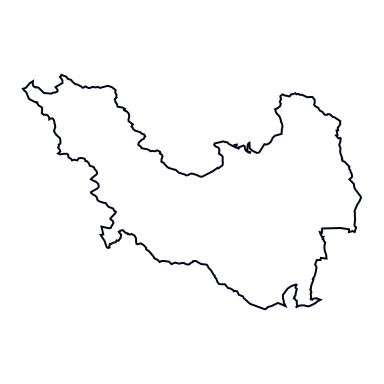 outline of Panticeu, Cluj, Romania
{"feature_id": "2599482B63681333603727", "entity_name": "Panticeu", "entity_type": "district", "adm_level": 2, "iso_a3": "ROU", "parent_name": "Romania", "parent_adm1": "Cluj", "projection": "albers", "projection_center": [23.537, 47.044], "detail": "fine", "context": "isolated", "style": "outline", "palette": "ink", "viewbox_px": 384, "rotation_deg": 0, "n_neighbors": 0, "source": "geoboundaries", "source_scale": "gbopen_adm2", "svg_char_len": 5951}
<svg xmlns="http://www.w3.org/2000/svg" viewBox="0 0 384 384"><path d="M320.5,299.8L316.1,298.2L312.9,298.9L312.2,299.7L311.8,299.3L310.9,299.4L310.7,298.3L311.1,297.5L311.0,295.9L310.6,293.8L311.4,292.6L310.8,291.2L311.0,290.1L310.3,289.3L311.0,288.1L311.1,286.1L313.5,279.4L312.8,279.1L313.3,277.9L314.4,276.7L315.8,271.7L316.5,267.4L316.2,266.3L315.1,264.6L316.7,260.1L320.5,260.0L320.9,257.9L326.5,258.6L326.2,254.9L324.7,250.5L324.5,248.5L324.4,245.7L325.2,242.8L324.1,241.0L323.9,241.6L323.4,238.7L322.6,238.9L322.5,237.6L323.1,236.9L322.1,237.0L320.3,233.6L319.9,232.1L320.7,232.4L321.3,233.7L321.9,233.1L321.7,231.9L322.2,231.0L321.9,230.2L322.2,228.5L340.5,228.0L349.1,229.3L348.9,232.1L352.7,231.1L354.7,232.0L356.1,227.4L354.7,226.1L354.5,225.4L355.1,219.2L354.8,215.5L355.0,213.3L354.5,211.1L357.2,204.8L359.5,201.2L361.0,197.7L360.6,196.4L355.0,189.0L354.3,187.2L353.9,184.0L349.4,179.3L351.7,177.4L352.1,176.2L351.7,173.9L350.5,171.7L350.3,170.3L349.3,169.1L349.1,167.4L349.4,166.8L344.7,161.8L342.5,161.0L342.2,160.5L342.3,159.0L341.9,158.9L341.8,156.8L340.6,154.0L340.2,151.4L340.5,148.1L339.2,145.1L340.4,141.4L340.6,138.5L340.4,138.0L338.4,138.3L336.0,135.4L337.5,135.0L336.6,130.5L338.2,130.3L337.7,128.0L339.6,125.3L340.3,123.9L340.1,122.8L340.3,121.1L334.0,117.0L332.7,116.9L330.2,114.5L328.0,114.0L327.4,114.8L324.5,114.7L322.5,111.9L319.7,110.5L318.1,107.6L316.3,107.0L314.4,105.2L314.2,104.6L314.7,102.4L314.7,99.9L312.4,96.9L307.1,97.2L302.1,94.8L299.9,94.8L298.3,93.9L296.5,94.3L295.1,93.2L293.2,94.1L291.2,94.3L289.7,96.4L284.2,95.3L282.8,94.4L281.9,94.8L280.3,96.3L281.0,98.9L280.7,100.1L279.8,101.7L280.8,103.8L280.1,106.2L277.5,108.2L275.1,109.2L275.5,109.8L275.6,111.6L276.7,113.5L279.6,116.6L280.8,120.0L281.0,122.0L281.9,123.3L282.5,126.5L281.8,129.6L281.6,133.9L275.2,135.6L272.8,137.7L271.0,141.5L269.4,143.2L266.7,144.6L264.4,144.2L259.4,152.2L257.8,152.8L256.8,152.9L252.9,151.0L249.9,148.6L249.7,147.9L249.4,142.8L248.3,143.6L247.7,145.0L247.2,150.5L247.6,151.4L250.2,152.1L250.1,152.7L248.3,152.4L245.9,150.6L244.9,148.6L244.7,146.3L243.5,145.5L239.8,147.0L238.8,148.3L238.4,147.5L237.6,148.0L236.0,147.6L236.8,144.6L234.5,145.0L234.5,146.8L229.0,144.1L227.1,142.2L225.1,142.1L223.5,141.4L214.7,143.4L214.2,145.0L215.5,146.4L218.4,147.6L219.4,149.6L219.0,153.7L221.8,155.5L222.7,156.8L222.6,161.1L222.9,162.6L222.5,165.3L218.3,168.4L217.6,167.8L212.7,171.3L201.9,176.8L199.6,176.4L196.6,174.9L191.7,173.5L187.1,175.3L186.0,175.3L184.6,174.4L178.8,172.7L175.9,170.0L168.5,167.9L166.4,166.1L163.6,162.9L161.4,161.7L161.6,158.9L162.5,156.4L162.0,154.9L159.8,153.4L160.3,152.4L159.9,151.6L157.3,150.4L154.8,151.3L152.6,150.9L150.2,151.2L149.4,150.2L147.3,149.3L141.6,148.2L141.0,146.8L138.3,144.8L138.7,142.8L141.6,139.8L143.4,139.1L144.3,138.0L144.5,136.9L145.2,136.3L144.2,134.6L141.2,133.4L140.5,132.3L135.3,130.7L133.2,129.1L132.3,127.2L131.5,126.6L132.9,124.4L128.6,121.2L128.5,119.0L129.1,117.4L129.1,114.1L126.9,111.5L124.0,110.2L123.9,109.7L124.9,108.9L122.8,107.6L117.6,106.7L116.8,103.9L115.6,102.3L114.8,99.1L116.6,97.5L116.2,97.1L116.5,94.9L115.2,92.1L115.6,90.2L111.9,87.1L107.8,85.8L100.0,87.9L98.0,86.9L95.5,87.4L92.5,86.9L89.8,88.0L88.3,87.9L85.3,86.4L83.8,87.5L82.5,87.7L81.7,86.8L78.2,84.9L75.0,83.9L72.3,81.6L71.2,80.0L67.6,78.7L66.6,76.9L61.4,74.8L60.9,76.1L59.9,76.9L61.6,79.0L62.4,80.5L62.5,83.0L55.5,87.1L57.2,89.3L57.7,90.6L57.4,91.5L55.3,92.5L53.1,92.7L51.4,93.6L44.0,93.0L38.5,87.7L36.1,87.1L35.8,87.5L33.5,86.3L32.7,83.8L32.9,81.2L29.8,83.2L26.0,87.7L23.0,88.8L24.3,90.6L26.2,92.1L29.0,98.9L35.8,102.4L36.1,102.0L37.3,102.4L37.5,103.7L38.4,105.2L41.9,107.5L42.2,108.8L41.8,113.2L43.7,114.8L46.5,114.7L48.0,115.7L49.0,117.2L49.3,119.4L50.5,118.6L52.1,118.3L53.2,119.0L54.0,120.5L55.3,126.9L54.1,130.6L54.1,131.5L56.3,134.9L59.6,137.8L60.2,139.0L60.5,142.2L60.2,143.7L58.7,144.8L58.9,146.1L58.1,147.7L59.6,149.5L60.2,151.6L58.1,153.5L60.6,154.4L63.6,153.8L67.0,153.8L68.1,154.7L68.6,157.5L71.0,158.8L72.0,160.4L74.1,159.7L77.2,160.4L78.7,158.4L79.9,158.0L82.4,158.1L84.4,158.7L84.9,159.0L85.4,161.1L86.8,161.1L88.7,163.0L89.7,165.6L93.8,167.1L94.8,169.2L96.6,171.2L97.1,173.0L96.8,174.2L91.8,178.1L90.9,179.2L93.7,180.9L95.7,181.6L98.0,183.6L98.7,185.5L98.6,187.2L97.4,188.5L91.2,191.9L90.9,192.6L91.9,193.8L95.7,196.0L97.0,197.8L97.3,199.6L98.6,201.1L103.3,202.7L105.6,203.0L108.3,206.7L113.2,208.6L113.9,210.4L115.9,211.9L115.2,213.3L110.4,218.4L110.5,219.2L112.6,220.8L113.4,222.5L113.2,223.5L111.3,226.6L111.0,227.7L109.1,228.3L101.5,226.6L103.3,234.4L100.7,234.9L104.6,241.0L106.5,246.7L107.1,247.5L108.0,248.0L109.5,247.5L109.1,246.6L109.8,245.1L109.6,244.3L110.1,243.7L111.4,243.9L112.6,242.8L115.6,242.3L116.7,240.4L118.3,240.9L120.7,237.8L120.6,237.0L121.2,235.2L120.9,234.4L118.8,231.9L120.2,230.8L122.8,230.1L125.1,232.5L128.0,233.6L127.8,234.1L129.6,234.5L131.8,234.0L134.7,235.8L136.1,238.6L136.0,240.7L136.4,243.7L137.5,244.3L140.9,243.4L143.6,245.1L146.2,247.8L146.1,249.2L149.3,251.5L153.4,256.4L154.5,258.5L157.6,259.8L159.7,262.0L161.6,261.0L164.3,261.0L169.1,261.7L171.5,264.1L175.4,262.6L179.0,263.7L182.3,262.9L183.8,263.0L186.3,264.3L188.0,264.5L189.5,264.2L190.9,262.8L192.9,262.0L193.2,261.1L195.8,261.0L201.0,264.0L206.9,264.7L208.9,268.2L211.0,270.2L213.1,274.0L214.7,275.8L214.8,277.0L216.3,278.8L217.3,281.6L218.8,283.8L220.0,284.2L224.9,284.3L227.9,287.9L230.6,288.6L233.0,290.0L233.9,291.3L235.2,290.9L237.1,291.3L238.8,294.7L243.1,296.5L243.5,297.9L250.0,303.8L264.6,309.2L265.7,309.0L268.2,306.9L271.4,306.1L277.6,303.1L278.7,303.2L285.5,306.1L283.7,302.2L283.8,300.9L282.9,298.3L283.0,294.9L287.6,288.6L291.3,286.1L295.6,284.6L296.5,284.7L295.5,287.1L295.5,287.7L296.9,289.2L296.2,291.1L295.4,295.4L294.3,296.7L294.6,297.5L294.1,298.3L294.5,298.3L295.6,300.1L296.8,300.8L296.8,303.7L297.4,305.7L295.8,307.5L297.6,306.3L300.0,305.5L303.8,305.3L307.3,306.3L309.5,306.1L314.8,303.5L317.7,301.2L320.5,299.8Z" fill="none" stroke="#020617" stroke-width="2"/></svg>